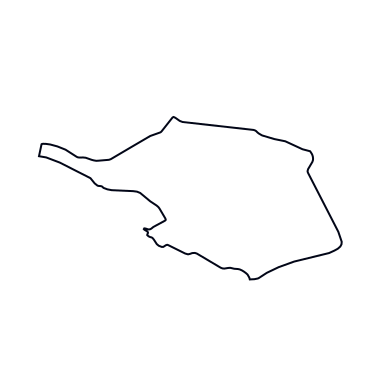 outline of Blue Nile, rotated 102°
{"feature_id": "SDN-148", "entity_name": "Blue Nile", "entity_type": "State", "adm_level": 1, "iso_a3": "SDN", "parent_name": "Sudan", "parent_adm1": "", "projection": "equal_earth", "projection_center": [34.239, 11.094], "detail": "fine", "context": "isolated", "style": "outline", "palette": "ink", "viewbox_px": 384, "rotation_deg": 102, "n_neighbors": 0, "source": "natural_earth", "source_scale": "10m", "svg_char_len": 1826}
<svg xmlns="http://www.w3.org/2000/svg" viewBox="0 0 384 384"><g transform="rotate(102 192 192)"><path d="M265.5,117.3L263.9,118.1L261.2,120.5L260.1,122.4L259.1,124.6L258.3,126.9L257.8,129.2L257.8,131.1L258.3,134.7L258.2,138.7L258.7,140.6L260.2,144.5L260.4,146.3L260.1,148.2L251.2,174.5L251.0,176.5L251.7,179.1L252.9,181.0L253.8,182.9L253.6,185.9L248.9,204.2L248.8,205.3L249.5,206.5L251.6,208.6L252.0,210.1L251.5,213.3L250.3,215.6L246.4,219.5L245.1,221.2L244.8,222.3L244.8,223.5L244.4,225.2L243.5,226.8L242.7,226.9L241.8,226.6L240.6,226.7L239.8,227.7L238.8,230.7L238.3,231.4L237.5,231.1L237.4,229.7L237.7,226.8L237.2,225.3L236.3,224.2L234.2,222.5L225.6,212.4L224.7,211.9L223.5,212.5L214.9,220.4L213.7,221.8L212.6,223.8L209.8,230.9L203.7,242.5L203.1,245.9L203.4,249.8L206.9,270.9L207.0,275.3L206.4,279.3L206.1,279.9L205.5,280.8L205.3,281.3L205.2,282.4L205.5,284.8L205.4,285.8L203.8,289.0L199.6,294.2L190.7,327.5L188.5,341.8L188.8,349.1L176.6,349.1L176.4,348.9L176.2,348.7L176.0,348.2L175.8,347.6L175.3,344.8L175.0,340.6L175.4,333.2L176.9,324.5L181.5,312.3L181.8,311.2L181.8,310.7L181.8,310.0L181.4,307.8L180.9,305.9L180.6,303.1L181.4,296.7L181.5,294.7L181.4,292.2L181.0,290.6L177.8,280.0L176.8,278.3L161.3,261.4L145.9,244.5L140.3,235.4L139.7,234.8L138.9,234.3L123.3,226.6L122.5,225.8L122.6,224.7L123.1,223.2L125.0,218.8L125.2,217.6L125.5,215.8L122.0,180.3L118.5,144.8L118.6,143.4L118.9,142.5L119.1,141.9L120.1,140.4L120.9,138.8L121.8,136.1L122.1,135.1L123.1,122.4L123.0,111.3L127.2,92.8L127.6,84.9L129.7,82.8L130.9,81.9L132.4,81.1L133.9,80.6L135.5,80.3L137.5,80.5L145.5,83.2L147.6,83.3L148.9,82.7L200.5,40.6L209.6,35.2L212.1,34.9L214.5,35.6L217.2,37.6L219.7,40.5L223.2,45.2L238.8,77.6L247.5,91.6L255.5,102.0L262.3,108.8L262.9,109.6L264.3,112.8L265.5,117.3L265.5,117.3Z" fill="none" stroke="#020617" stroke-width="2"/></g></svg>